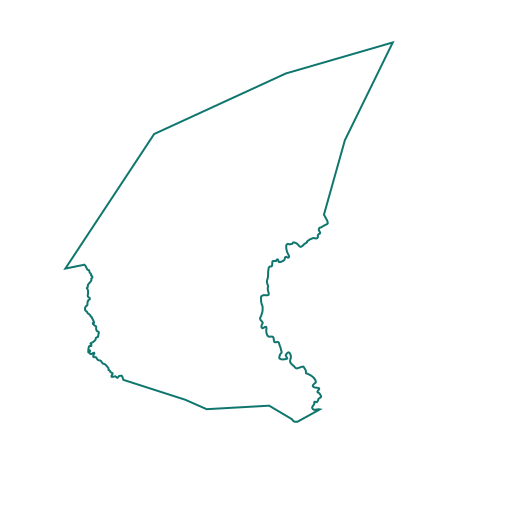 the district of Macaracas, Los Santos, Panama, rotated 165°
{"feature_id": "35544464B79147268573624", "entity_name": "Macaracas", "entity_type": "district", "adm_level": 2, "iso_a3": "PAN", "parent_name": "Panama", "parent_adm1": "Los Santos", "projection": "albers", "projection_center": [-80.516, 7.678], "detail": "fine", "context": "isolated", "style": "outline", "palette": "teal", "viewbox_px": 512, "rotation_deg": 165, "n_neighbors": 0, "source": "geoboundaries", "source_scale": "gbopen_adm2", "svg_char_len": 6100}
<svg xmlns="http://www.w3.org/2000/svg" viewBox="0 0 512 512"><g transform="rotate(165 256 256)"><path d="M68.6,426.9L179.9,424.6L322.8,400.2L443.4,293.2L424.0,292.0L423.1,290.1L422.6,287.3L422.4,286.6L422.1,286.2L421.1,285.6L420.9,285.2L421.0,283.6L420.9,283.1L420.8,282.6L420.0,281.4L419.9,280.9L420.0,280.5L420.3,280.1L420.3,279.9L420.1,279.6L419.6,278.9L419.4,278.5L419.5,278.0L419.9,277.4L420.5,277.1L420.9,276.8L421.1,276.2L421.1,275.6L421.5,274.9L423.0,273.6L424.2,272.9L424.7,272.6L426.1,271.2L426.2,270.7L426.3,270.0L426.5,269.7L427.4,269.0L427.7,268.8L427.7,268.6L427.4,268.1L427.2,266.8L427.4,265.1L428.0,263.1L428.8,261.3L428.9,260.8L428.8,260.3L428.7,259.9L427.6,258.6L427.5,258.2L427.6,257.7L427.8,257.3L428.2,257.0L428.7,256.8L429.3,256.8L429.6,256.5L430.1,255.7L430.6,255.2L431.5,252.5L431.7,252.2L432.0,251.9L432.6,251.8L433.8,251.0L434.6,249.9L434.8,249.3L435.0,248.1L434.9,247.5L433.8,246.0L433.6,245.5L433.5,244.6L433.4,244.3L432.7,243.5L431.4,241.7L431.3,240.5L430.4,239.2L430.4,238.0L430.0,237.0L430.0,236.1L429.6,234.6L429.6,234.0L429.8,233.4L430.3,233.4L430.8,233.5L431.0,233.4L431.0,232.5L430.9,232.2L430.3,231.2L429.4,230.1L428.9,229.7L428.7,229.4L428.7,228.9L429.3,227.0L429.3,225.4L429.0,224.6L428.0,223.7L427.8,223.5L427.6,223.0L427.6,222.5L428.5,221.2L429.2,219.3L429.5,218.8L431.1,218.6L431.9,218.3L432.2,217.8L432.4,217.2L432.6,216.8L433.3,216.2L434.0,215.8L435.6,215.1L438.4,214.4L438.5,214.1L438.5,213.9L438.1,213.5L438.0,213.2L438.3,211.9L438.6,211.7L440.0,212.1L440.5,212.0L440.8,211.7L441.3,210.9L441.8,209.7L442.3,208.8L442.1,208.2L441.1,207.9L440.8,207.7L440.9,207.1L441.1,206.9L442.1,207.2L442.6,207.2L442.8,207.1L442.9,206.9L442.9,206.7L442.7,206.2L441.7,205.1L441.5,204.4L440.9,204.0L440.2,203.9L439.2,204.3L437.8,204.5L437.5,204.5L437.4,204.4L437.3,203.9L438.8,202.1L439.2,201.2L439.2,200.7L438.5,200.1L437.3,199.8L436.7,199.5L436.5,199.0L436.0,197.2L435.7,196.7L435.3,196.3L434.8,195.9L433.6,195.4L433.2,195.1L432.9,194.6L432.0,192.1L431.5,191.5L430.5,191.0L429.8,190.3L429.4,189.7L428.3,187.7L427.6,185.8L427.6,185.1L427.9,184.2L427.9,183.9L427.0,183.3L426.8,182.9L426.7,181.9L426.0,180.9L425.0,180.0L424.9,179.7L425.1,179.2L426.4,177.8L426.7,177.5L426.7,177.2L426.7,176.7L426.4,176.4L426.1,176.4L423.8,176.3L423.1,176.2L422.7,175.9L421.9,174.6L421.3,174.2L420.9,174.4L419.8,175.2L419.2,175.5L418.0,175.4L416.7,175.1L416.6,174.9L416.4,174.1L416.3,173.1L416.2,171.5L416.0,170.6L361.6,135.5L343.3,120.8L282.0,108.0L263.5,89.0L263.4,88.8L263.1,88.0L262.9,87.4L262.2,86.4L261.8,86.1L261.3,85.8L260.1,85.6L259.2,85.1L234.1,91.3L235.2,91.8L237.2,92.0L239.5,92.3L240.2,92.8L240.6,93.3L240.9,94.1L241.0,94.8L240.9,95.3L240.5,95.8L239.8,96.5L238.5,97.5L237.9,98.2L237.7,99.5L237.5,99.8L237.1,100.0L236.8,100.0L236.4,99.8L235.4,99.2L235.1,99.1L234.8,99.2L233.8,100.0L233.5,100.5L233.0,101.3L232.5,101.8L232.0,102.1L230.2,102.7L229.8,103.0L229.6,103.4L229.5,103.8L229.6,104.4L229.9,105.8L230.5,107.2L231.7,108.3L231.8,108.8L231.7,109.2L231.4,109.6L229.6,110.9L229.3,111.4L229.3,111.8L229.5,112.1L231.1,112.9L233.2,113.8L233.7,114.1L234.5,114.9L234.8,115.7L234.6,116.3L234.1,116.8L232.1,117.9L231.4,118.1L231.0,118.4L230.8,119.3L230.7,119.9L230.8,120.8L231.3,122.3L232.0,123.9L233.8,126.3L235.8,128.1L236.3,128.7L237.9,129.6L238.0,130.3L237.6,131.8L237.6,132.5L237.7,133.4L238.8,136.8L239.2,137.0L240.7,137.1L245.2,136.8L246.1,137.0L246.5,137.3L246.9,137.9L247.3,138.5L247.6,139.3L249.4,142.0L250.2,143.6L250.4,144.8L250.1,146.3L249.4,147.6L249.0,148.1L248.4,149.4L248.2,150.7L248.3,152.2L248.6,153.5L249.1,154.2L249.3,154.4L249.7,154.5L250.6,154.3L251.8,153.6L252.4,153.1L252.8,152.8L253.0,152.3L253.0,151.8L252.3,149.3L252.4,149.0L252.7,148.8L253.4,148.7L255.5,148.9L257.8,149.4L258.5,149.8L259.3,150.4L259.7,150.8L259.9,151.4L259.8,152.0L258.7,154.0L257.7,155.1L256.4,156.0L256.1,156.6L256.1,159.3L256.0,161.0L256.2,162.2L256.4,166.4L256.9,167.1L257.3,167.4L257.7,167.5L258.7,167.5L259.3,167.6L260.2,167.9L260.5,168.2L260.6,168.6L260.6,169.4L260.4,171.0L260.3,172.4L260.4,173.1L260.6,173.5L261.0,173.8L261.6,174.1L264.4,174.7L265.1,175.5L265.6,176.3L265.7,177.0L265.8,179.6L265.3,181.6L264.8,182.8L264.5,183.8L264.5,184.6L264.6,184.9L265.0,185.1L265.6,185.1L268.1,184.5L268.7,184.8L269.0,185.2L269.1,185.5L269.0,186.4L268.7,187.2L268.4,187.8L267.1,189.2L266.8,189.7L267.0,190.8L267.4,191.5L268.2,193.3L268.3,194.3L268.2,194.8L267.9,195.3L266.3,197.2L264.4,200.2L263.9,201.3L263.0,204.2L262.8,205.4L262.8,206.6L263.0,208.2L262.9,209.3L262.9,210.2L262.5,212.4L261.9,214.6L261.8,215.0L261.4,215.5L261.0,215.9L260.2,216.1L258.5,216.2L256.0,215.3L255.6,215.2L254.3,215.2L254.0,215.2L253.8,215.4L253.5,216.3L253.3,217.2L253.4,218.4L253.2,221.0L253.0,221.9L252.1,223.5L252.3,227.3L252.2,228.2L252.0,228.8L251.1,230.5L250.2,231.9L249.4,234.1L248.2,238.0L246.9,241.1L246.5,241.6L245.8,242.1L245.2,242.2L243.8,242.0L243.4,242.1L243.0,242.4L242.0,245.2L241.8,246.0L241.4,246.5L241.0,246.7L240.4,246.7L238.1,245.9L237.8,246.0L237.0,247.0L236.6,247.2L236.3,247.2L235.9,247.0L235.7,246.6L235.5,244.4L235.3,244.2L235.0,244.1L234.3,243.9L231.6,244.1L229.9,244.7L229.4,245.1L228.4,246.9L228.1,247.2L227.8,247.3L227.4,247.4L226.9,247.3L226.4,246.8L225.5,246.1L224.9,246.1L224.3,246.6L224.2,246.9L224.1,247.5L224.8,251.1L224.9,252.4L224.9,254.6L224.6,256.5L224.0,258.4L223.8,258.8L223.3,259.1L222.9,259.3L222.1,259.5L220.7,258.6L219.5,258.5L218.2,258.4L217.7,258.5L216.7,259.4L216.3,259.4L215.6,259.2L214.3,258.4L213.1,257.1L212.5,256.2L211.7,254.4L210.8,253.4L210.0,253.3L209.4,253.4L208.1,253.9L206.6,254.9L204.9,255.5L203.7,255.8L203.3,256.0L203.0,256.7L202.5,257.0L201.9,257.3L201.0,257.5L199.8,258.1L197.7,258.3L196.5,258.5L195.9,258.5L195.5,258.4L194.6,257.8L194.2,257.7L192.9,257.3L192.3,257.4L191.4,258.1L191.3,258.5L191.1,259.6L190.2,260.6L189.9,260.9L188.4,261.2L188.1,261.6L188.0,261.9L188.5,264.4L188.6,265.1L188.3,265.8L187.5,266.7L187.2,266.8L186.2,266.8L185.6,266.8L182.7,267.7L179.6,268.3L178.8,268.6L178.4,268.8L178.3,269.1L178.0,270.3L178.1,271.9L178.9,274.9L178.9,275.4L179.7,278.3L140.2,344.8L68.6,426.9Z" fill="none" stroke="#0f766e" stroke-width="2"/></g></svg>